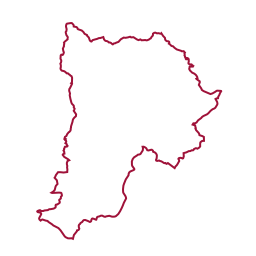 the district of Muong La, Son La, Vietnam, rotated 267°
{"feature_id": "81297802B85331365285334", "entity_name": "Muong La", "entity_type": "district", "adm_level": 2, "iso_a3": "VNM", "parent_name": "Vietnam", "parent_adm1": "Son La", "projection": "natural_earth1", "projection_center": [104.061, 21.526], "detail": "fine", "context": "isolated", "style": "outline", "palette": "rose", "viewbox_px": 256, "rotation_deg": 267, "n_neighbors": 0, "source": "geoboundaries", "source_scale": "gbopen_adm2", "svg_char_len": 5737}
<svg xmlns="http://www.w3.org/2000/svg" viewBox="0 0 256 256"><g transform="rotate(267 128 128)"><path d="M220.8,166.3L220.5,166.1L220.4,165.7L221.1,163.3L221.0,161.9L221.8,160.3L221.7,159.2L220.9,157.9L219.2,157.7L218.7,157.4L218.0,156.5L216.3,155.4L215.9,154.4L215.2,153.5L214.6,151.7L214.6,150.8L215.0,149.7L214.9,148.9L214.9,146.1L215.8,145.1L215.7,144.4L215.2,143.3L215.3,142.9L216.0,141.5L218.4,138.2L218.3,135.9L219.0,135.0L219.0,134.7L218.5,132.7L218.2,130.3L218.5,128.4L217.0,125.5L214.5,123.0L213.8,120.6L213.3,119.7L213.2,118.4L212.3,117.2L212.4,116.9L213.8,115.5L214.4,114.3L214.4,113.4L215.1,112.8L215.8,111.7L216.2,110.1L216.8,109.4L217.8,108.7L220.1,108.1L219.3,105.0L219.3,103.7L218.5,101.5L218.3,100.3L217.6,97.3L216.3,96.1L216.4,95.5L217.3,94.5L220.4,93.6L222.4,91.9L223.0,91.9L224.3,89.6L226.2,88.5L227.8,86.9L229.2,83.4L229.6,82.9L230.3,82.8L231.1,82.3L231.5,81.8L232.2,79.1L233.5,79.1L234.1,78.8L235.7,77.4L235.8,76.5L235.4,72.6L234.8,71.9L233.5,71.5L232.4,71.4L229.9,71.9L227.9,71.5L227.3,70.9L226.5,70.8L223.9,71.4L222.2,72.5L221.5,72.6L220.5,72.3L219.7,72.3L217.4,69.2L216.5,68.5L215.5,68.8L214.1,68.3L213.2,68.4L210.6,67.1L208.0,67.5L207.0,67.9L206.4,67.8L204.9,67.1L204.5,66.7L204.4,66.4L204.7,65.7L204.7,65.2L204.0,64.6L200.7,64.2L199.3,64.8L198.4,64.9L196.9,64.5L195.7,63.8L194.5,64.2L193.7,64.2L192.2,64.1L191.3,63.7L190.0,63.9L188.8,64.8L188.1,67.1L187.4,68.2L185.8,69.7L185.8,70.5L185.5,71.2L184.9,71.6L184.0,72.8L183.4,73.2L182.7,74.3L181.5,74.7L180.9,74.8L176.4,74.4L175.7,73.6L175.1,74.4L174.6,74.2L170.8,72.1L169.9,71.4L168.2,71.2L165.5,71.9L163.8,71.5L160.2,72.0L156.3,72.8L155.1,73.3L153.3,74.9L152.6,75.1L151.4,74.9L150.1,75.7L148.7,75.2L148.0,74.7L144.4,76.9L142.5,76.6L141.3,75.1L140.0,73.9L138.8,73.3L137.1,72.9L132.6,71.2L131.4,71.1L130.2,70.7L129.4,70.7L128.4,70.4L127.1,69.2L126.9,68.6L125.0,66.9L123.3,66.1L122.4,64.6L120.5,63.9L120.2,63.9L120.0,64.4L120.3,65.1L120.2,65.3L119.1,64.7L118.4,65.5L117.4,65.6L116.1,64.7L115.3,65.8L114.0,66.2L113.3,66.7L112.8,66.4L112.6,65.4L112.6,64.1L112.4,63.9L111.7,63.7L110.5,63.0L109.8,63.1L108.8,62.4L107.9,63.0L105.8,63.2L105.7,62.4L105.4,62.3L105.3,61.9L104.6,61.4L102.5,62.8L99.8,66.7L98.9,67.6L98.2,65.9L96.3,65.1L94.7,65.1L93.3,65.4L91.9,65.1L89.8,65.3L87.2,65.0L86.9,61.4L87.4,58.2L87.5,55.8L84.7,53.5L82.9,52.7L82.1,52.1L79.5,54.2L75.8,54.7L74.2,53.1L73.3,52.6L70.0,51.6L68.4,50.0L67.4,48.2L67.1,48.8L67.1,55.8L66.8,57.7L66.4,58.1L64.4,58.5L63.8,58.4L62.9,57.4L61.1,57.2L59.9,55.6L59.3,55.5L57.9,56.0L57.0,55.9L56.5,55.3L55.3,53.3L55.3,52.3L55.1,51.9L54.3,51.6L53.0,51.7L52.3,51.3L51.4,49.6L51.0,46.6L51.0,45.3L50.8,44.6L50.2,43.7L50.0,40.0L49.6,39.4L49.6,37.1L50.5,35.9L50.5,35.2L49.9,33.5L49.5,33.0L49.3,33.0L48.7,33.6L48.2,35.6L47.7,36.4L47.1,36.8L46.4,36.8L42.9,34.7L42.1,34.5L41.1,34.9L40.1,35.9L40.9,37.0L41.1,37.8L39.8,41.1L39.4,42.8L38.4,43.6L35.8,47.1L34.6,48.3L31.7,53.3L29.3,55.3L23.3,59.0L22.3,59.9L21.0,62.2L20.8,64.3L20.9,65.7L20.2,67.2L24.0,68.4L27.4,71.4L27.8,71.7L28.4,71.7L28.7,73.1L29.0,73.5L30.0,74.1L31.5,73.7L32.5,73.7L33.1,73.7L34.1,74.2L34.7,75.1L35.6,75.6L36.6,77.4L37.8,78.3L38.3,79.0L38.4,80.4L37.2,83.2L36.2,84.9L36.3,85.6L36.9,86.3L38.4,86.7L39.2,87.2L39.4,87.5L39.5,87.8L39.1,89.1L38.1,91.2L38.1,91.5L40.5,92.4L41.0,93.3L41.2,94.6L41.9,96.5L41.8,97.7L40.8,99.4L40.5,100.5L40.9,101.7L41.3,104.7L40.3,107.4L40.2,109.5L40.3,110.4L40.6,111.3L42.6,113.8L45.4,115.8L48.7,117.7L51.1,118.9L53.4,119.9L57.7,122.4L58.9,122.3L60.5,121.7L63.2,120.1L64.2,119.8L67.0,119.8L70.7,120.4L72.5,121.1L76.8,123.1L80.7,126.0L82.4,126.3L83.6,126.9L84.5,128.1L85.7,131.4L86.2,132.1L87.0,132.1L89.8,130.3L90.9,130.0L94.4,130.1L96.6,131.0L98.3,132.4L100.2,135.7L100.8,136.4L101.0,138.2L101.4,139.1L104.9,141.6L107.0,141.9L108.5,141.6L108.5,142.7L107.8,144.0L106.8,145.2L104.8,146.1L104.5,147.3L105.1,150.1L105.0,150.7L104.1,151.7L102.9,151.9L102.4,153.3L101.4,154.4L100.1,155.2L98.8,155.4L96.2,155.0L94.7,154.3L94.1,154.4L93.8,154.8L93.6,155.6L93.9,157.4L93.5,157.9L92.9,159.7L91.1,162.2L91.0,162.5L91.1,163.5L90.2,164.5L90.3,165.0L90.9,166.0L85.5,172.5L87.2,173.5L88.2,174.7L89.6,175.7L92.3,177.4L93.4,177.3L94.2,176.8L94.8,176.8L95.3,177.4L95.5,178.7L95.2,179.9L94.7,180.9L94.9,181.5L96.7,182.2L100.0,182.2L100.6,185.0L101.7,187.5L101.7,189.0L102.4,190.4L102.3,191.7L102.8,192.4L103.6,192.9L104.3,194.8L103.7,196.3L104.8,198.2L105.8,199.1L108.2,199.2L109.8,199.5L110.3,200.0L111.2,201.4L111.2,203.2L115.1,203.3L116.0,201.9L117.1,199.0L118.3,198.8L119.4,198.3L122.3,195.9L124.0,195.3L124.4,195.7L124.7,195.5L127.0,195.2L128.0,192.7L129.2,193.5L129.3,194.1L129.1,195.0L129.9,196.7L132.0,198.4L134.1,201.6L135.1,202.5L136.0,203.9L137.5,207.6L138.5,209.0L140.8,211.3L142.3,213.4L143.0,215.3L143.7,216.3L146.8,218.4L147.7,218.6L149.3,218.4L152.4,216.9L152.9,217.9L153.0,219.5L154.4,219.7L156.7,221.2L157.7,221.5L159.9,223.0L160.1,222.9L160.3,221.9L160.6,219.1L160.5,218.5L159.4,216.7L158.1,214.1L157.6,212.1L160.9,205.4L162.2,203.7L163.6,203.3L167.3,201.0L170.0,202.1L170.9,202.0L173.4,198.9L173.6,198.8L174.0,200.0L175.6,199.7L177.4,198.6L178.8,197.1L179.9,195.0L182.2,192.9L183.8,192.2L184.1,192.4L185.9,192.7L186.1,192.9L185.9,196.0L186.5,196.4L186.7,196.0L187.3,195.7L187.7,194.9L188.1,194.8L188.3,194.3L188.2,193.5L188.4,192.7L189.2,191.8L190.0,191.8L191.4,192.2L193.5,192.2L194.1,191.9L194.7,191.1L194.8,190.7L194.6,190.6L193.6,190.4L193.6,189.6L194.0,189.3L195.3,189.1L196.0,188.6L196.7,188.7L197.5,188.2L198.8,188.5L199.6,188.3L200.4,188.8L200.9,188.2L201.4,188.0L201.8,187.6L201.8,185.7L202.3,185.1L203.9,180.8L205.6,178.7L207.2,177.3L207.7,175.7L209.6,174.0L210.1,173.2L211.1,173.7L211.9,173.6L212.4,173.0L212.7,171.3L213.3,170.5L214.2,169.8L216.1,169.6L218.2,167.8L220.8,166.3Z" fill="none" stroke="#9f1239" stroke-width="2"/></g></svg>